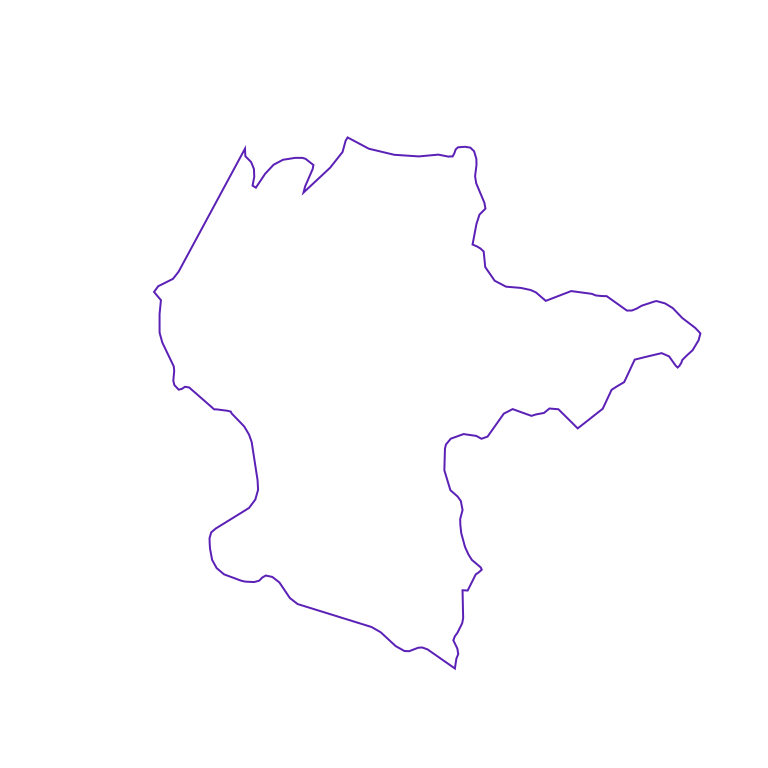 outline of Choluteca, rotated 122°
{"feature_id": "HND-661", "entity_name": "Choluteca", "entity_type": "Department", "adm_level": 1, "iso_a3": "HND", "parent_name": "Honduras", "parent_adm1": "", "projection": "orthographic", "projection_center": [-87.137, 13.37], "detail": "fine", "context": "isolated", "style": "outline", "palette": "violet", "viewbox_px": 768, "rotation_deg": 122, "n_neighbors": 0, "source": "natural_earth", "source_scale": "10m", "svg_char_len": 2386}
<svg xmlns="http://www.w3.org/2000/svg" viewBox="0 0 768 768"><g transform="rotate(122 384 384)"><path d="M611.5,447.4L607.1,450.3L601.4,451.9L595.7,450.1L560.7,432.8L550.2,431.9L540.5,434.7L532.5,440.3L503.3,465.5L498.4,471.7L494.1,480.0L489.7,497.6L488.6,499.3L489.8,502.9L494.4,512.9L495.5,514.5L490.2,547.3L491.8,551.3L495.2,552.8L497.6,555.1L496.0,561.2L492.9,564.4L484.0,568.9L480.5,571.6L466.3,594.0L459.4,601.5L443.8,611.3L431.1,617.6L427.8,627.8L420.7,627.3L406.7,618.7L397.7,617.7L258.1,626.6L258.4,626.4L264.3,622.3L266.2,614.3L270.6,608.2L277.1,603.8L285.4,600.6L285.4,596.7L268.6,596.2L256.5,593.8L247.4,588.5L239.4,579.3L235.5,573.1L234.6,569.8L235.7,559.9L239.5,558.4L258.2,555.6L264.3,553.7L229.1,544.3L209.2,542.1L197.9,545.5L194.2,545.5L192.5,521.5L184.2,496.8L172.5,475.0L160.7,459.5L156.9,449.5L156.2,449.0L154.7,446.4L151.1,446.6L147.1,447.5L144.1,446.7L139.9,441.0L137.8,436.0L138.9,430.9L144.1,425.0L149.3,421.6L159.5,416.9L164.9,412.2L177.1,394.9L181.5,390.9L189.7,392.8L199.3,390.4L218.8,382.8L218.0,377.6L218.0,373.9L218.8,369.7L231.2,360.1L237.8,344.8L236.8,332.1L230.0,318.9L226.6,309.5L225.8,303.7L227.8,290.9L206.0,274.5L197.4,255.5L196.7,251.4L194.2,246.3L191.5,241.7L193.0,216.9L190.3,212.7L186.2,209.7L181.1,207.0L170.4,198.1L169.2,196.7L166.7,188.3L166.6,179.4L170.0,165.9L171.5,149.7L173.4,142.5L180.1,140.4L191.9,140.2L198.9,142.2L205.7,143.8L208.4,143.1L212.0,143.1L214.4,143.7L213.9,146.3L209.5,156.9L210.7,164.9L222.3,176.4L230.5,184.3L255.1,181.3L262.4,185.1L268.3,187.9L289.1,185.4L319.0,196.2L313.0,222.7L317.1,230.7L323.8,233.0L329.1,238.8L332.9,242.1L335.5,254.0L337.1,261.6L345.7,266.7L373.7,268.3L378.8,272.3L379.1,278.2L384.3,290.0L395.0,298.4L402.5,299.4L406.6,298.0L425.2,287.1L438.9,271.4L440.4,262.0L442.5,256.9L449.2,250.6L458.2,247.8L462.9,244.7L469.6,239.4L479.3,228.9L483.8,222.1L486.6,216.3L488.3,204.8L489.7,202.7L493.7,203.9L496.8,205.3L514.8,203.6L517.3,208.1L540.6,192.8L545.5,190.9L555.9,189.9L560.5,190.2L564.6,189.4L569.5,181.6L573.7,177.9L578.5,177.1L587.3,173.3L587.7,173.1L586.0,206.4L587.2,212.0L589.5,215.2L592.0,217.1L597.3,221.1L599.6,225.2L600.1,235.2L596.3,255.1L596.7,265.8L616.4,340.6L615.4,350.4L607.7,367.6L606.8,376.5L609.1,382.8L612.7,384.7L616.9,385.6L620.8,389.2L625.2,397.1L626.5,400.9L630.2,418.8L628.8,428.4L624.2,436.6L615.8,444.3L611.5,447.4Z" fill="none" stroke="#5b21b6" stroke-width="2"/></g></svg>